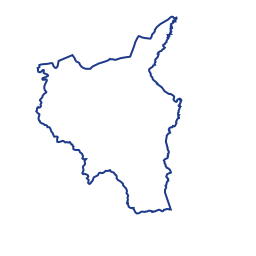 outline of Lubutu, Maniema, Democratic Republic of the Congo, rotated 71°
{"feature_id": "63176286B14336347527587", "entity_name": "Lubutu", "entity_type": "district", "adm_level": 2, "iso_a3": "COD", "parent_name": "Democratic Republic of the Congo", "parent_adm1": "Maniema", "projection": "natural_earth1", "projection_center": [26.789, -0.716], "detail": "fine", "context": "isolated", "style": "outline", "palette": "blue", "viewbox_px": 256, "rotation_deg": 71, "n_neighbors": 0, "source": "geoboundaries", "source_scale": "gbopen_adm2", "svg_char_len": 5737}
<svg xmlns="http://www.w3.org/2000/svg" viewBox="0 0 256 256"><g transform="rotate(71 128 128)"><path d="M95.5,85.7L93.3,86.7L92.2,87.6L90.0,88.7L88.0,88.5L86.5,89.3L85.5,89.3L83.8,88.8L83.0,89.1L81.0,89.4L79.7,89.1L79.4,88.9L78.8,87.6L78.2,85.1L77.6,84.2L77.1,83.8L77.2,83.2L76.9,82.6L77.0,81.8L75.8,81.9L74.7,81.0L74.4,80.4L73.8,80.6L72.5,80.1L72.1,79.8L71.9,79.1L70.9,77.6L70.9,77.2L70.2,76.5L68.2,75.0L67.5,75.8L66.5,74.8L65.9,72.6L66.0,71.2L65.1,70.2L64.8,68.8L64.8,68.2L64.0,67.0L63.3,67.5L61.8,68.0L61.1,67.9L60.8,67.3L60.6,65.7L60.3,65.3L59.7,65.0L59.3,63.6L58.1,63.2L56.8,61.5L56.4,60.6L56.1,60.5L55.7,61.2L55.4,61.3L55.1,60.9L55.0,59.7L54.3,60.3L53.5,60.0L53.0,60.1L53.5,58.7L53.2,58.0L53.2,57.0L52.6,57.5L52.1,57.6L51.1,55.6L50.8,55.6L50.4,56.2L48.7,55.5L48.1,55.5L48.2,54.3L47.8,53.7L47.4,53.6L47.1,54.7L46.9,54.8L46.1,54.6L46.0,54.0L45.4,54.3L44.8,53.5L43.8,53.6L43.2,51.0L42.9,50.6L41.8,50.8L41.5,50.5L42.3,49.8L42.6,49.3L42.8,48.4L42.6,48.3L41.6,48.9L40.2,48.6L40.1,48.2L40.7,48.2L41.0,47.8L40.9,47.3L40.1,46.3L39.4,46.3L39.5,47.4L39.3,48.1L38.8,48.9L37.6,49.3L37.0,50.4L37.2,51.7L38.5,54.7L40.2,63.4L41.9,67.8L44.1,70.8L45.2,71.1L46.2,72.3L47.3,74.5L48.0,75.2L49.5,76.1L50.8,77.7L50.2,79.2L49.2,81.0L48.8,82.1L46.8,85.4L45.1,87.1L44.6,88.1L46.1,90.0L49.0,93.0L52.6,95.6L61.2,102.7L61.2,103.4L60.6,105.9L59.6,111.9L59.5,117.4L59.0,118.7L57.9,120.3L57.4,122.0L56.8,122.5L57.6,124.8L57.7,127.6L57.5,134.9L58.3,141.0L58.7,142.5L59.8,144.3L58.2,148.8L56.6,150.8L54.7,152.1L52.3,152.9L50.8,152.9L50.1,153.3L48.3,155.2L46.3,155.8L45.0,155.7L41.0,156.8L42.0,171.7L47.0,174.7L47.8,176.6L47.0,177.6L44.9,178.3L42.4,178.3L41.7,179.2L41.1,183.4L39.7,188.9L39.6,191.4L41.7,192.0L41.9,193.9L43.3,194.0L44.2,194.4L45.7,194.5L46.0,194.0L46.3,193.8L46.7,192.5L45.4,189.5L45.7,188.9L46.3,188.8L47.9,189.7L48.5,189.8L49.0,189.5L51.3,186.7L52.4,186.5L52.7,186.8L53.1,189.4L53.0,192.2L53.6,193.0L54.4,193.0L54.8,192.6L55.2,191.1L55.3,189.7L55.7,189.2L56.2,189.1L56.9,189.4L59.9,192.4L61.5,193.6L62.5,194.0L63.9,194.3L65.1,194.3L67.4,193.5L67.9,194.1L68.4,196.1L69.6,198.1L71.0,199.0L72.9,202.2L73.3,202.3L74.4,201.7L76.0,201.6L76.6,202.5L77.4,203.1L78.9,203.1L79.3,203.4L79.8,204.6L79.8,205.2L79.7,205.9L79.0,206.1L79.0,206.4L79.9,207.7L81.5,208.3L82.4,209.3L85.0,208.2L86.0,207.4L86.6,207.4L87.0,207.8L87.5,207.9L88.6,208.9L89.9,209.5L91.9,209.7L92.7,209.1L94.2,209.1L95.9,207.6L96.5,206.6L97.9,205.9L98.9,204.2L99.9,203.7L101.0,203.9L101.6,202.3L101.9,202.0L103.0,201.7L107.1,201.5L108.1,200.9L112.0,200.7L112.3,200.2L112.9,198.0L113.8,197.4L115.1,198.5L117.9,199.4L118.6,198.6L119.0,196.4L118.8,194.2L119.0,193.8L119.5,193.1L121.0,192.3L121.3,191.9L121.3,190.6L122.3,189.3L122.5,188.7L122.2,187.7L122.6,187.4L124.8,187.0L125.6,186.0L126.4,186.2L127.9,185.6L128.3,186.1L130.3,186.5L131.8,184.7L132.7,181.7L133.2,181.4L135.3,181.3L137.4,179.9L140.0,179.7L140.6,179.9L141.7,181.0L142.1,181.0L142.9,180.4L143.3,179.5L143.6,178.5L143.5,178.0L143.7,177.7L144.5,179.3L145.0,179.8L147.5,180.1L148.3,180.6L148.8,181.2L149.4,182.6L150.4,183.4L153.6,183.8L155.8,185.9L156.4,185.8L156.9,185.5L157.2,185.0L157.3,183.6L159.5,181.4L161.0,181.3L162.2,183.3L164.0,182.2L164.8,182.3L166.8,183.5L167.2,183.5L168.0,183.1L168.4,182.3L167.9,181.1L167.0,180.2L166.7,179.3L165.8,178.2L164.0,176.9L163.5,176.2L162.9,171.9L161.3,170.3L161.2,169.0L161.5,168.2L162.3,167.2L162.3,165.6L161.3,163.2L161.4,162.5L162.2,160.6L161.9,158.8L162.1,158.6L162.7,158.8L163.1,158.7L164.3,157.6L165.6,155.9L166.7,155.7L167.2,155.3L168.0,155.3L168.7,154.6L169.2,154.4L170.2,154.5L171.8,155.1L173.2,154.7L173.9,154.4L175.5,153.0L177.0,152.0L178.8,151.0L179.5,150.9L180.3,151.3L181.0,151.2L184.6,149.5L186.4,149.4L186.9,149.6L187.4,149.5L189.0,150.6L189.5,150.6L190.2,150.1L192.2,149.9L193.6,151.1L195.4,151.3L196.1,151.6L196.8,152.3L197.7,152.3L198.3,153.3L198.6,153.5L199.0,153.4L199.4,152.6L200.1,153.0L201.1,152.8L202.7,153.0L203.8,152.2L204.6,151.3L205.4,148.7L206.5,149.2L206.8,148.9L210.1,148.5L211.7,147.5L212.1,145.4L211.5,142.6L211.7,141.7L212.8,139.6L212.7,138.7L213.2,137.0L212.9,135.6L213.8,133.3L214.6,132.5L214.9,131.7L215.0,131.6L215.4,132.0L215.5,131.6L215.3,130.8L215.7,129.8L215.4,128.7L215.5,127.2L215.3,125.6L215.8,124.6L217.6,123.1L218.0,122.3L217.6,121.1L217.1,120.8L217.3,117.5L218.0,115.9L218.3,115.7L219.0,114.1L200.8,114.0L198.3,113.0L196.8,111.3L196.2,111.1L194.9,111.4L194.3,110.3L191.9,108.9L191.5,108.5L191.4,107.8L190.9,107.5L190.6,106.9L190.0,107.1L188.9,106.6L188.3,107.1L187.4,107.2L186.6,107.7L184.5,106.2L184.1,103.5L184.3,102.3L184.2,102.0L183.5,101.8L181.8,101.9L180.6,102.2L179.8,102.9L179.3,103.0L178.1,104.4L177.2,104.4L176.6,104.8L174.5,104.4L173.9,104.8L173.0,104.9L172.1,104.4L170.4,104.7L169.6,103.6L169.3,100.7L169.0,100.1L168.0,99.5L167.6,99.7L167.1,99.6L166.6,98.7L165.4,98.7L164.6,97.4L163.0,97.0L162.4,97.4L161.3,97.3L160.2,97.4L159.6,96.9L157.6,97.1L157.0,96.8L153.8,96.7L152.1,96.1L148.5,94.1L148.0,94.0L146.5,91.9L146.5,91.4L146.2,89.8L145.7,90.0L144.8,89.6L144.5,90.0L144.1,90.1L143.9,89.9L143.5,89.9L143.2,89.6L142.6,89.9L141.6,88.9L141.3,86.9L141.7,86.0L141.6,85.6L140.7,84.9L141.5,83.7L141.4,83.0L139.2,80.6L138.2,80.7L137.7,80.2L137.2,80.1L135.4,78.1L135.2,77.6L135.3,76.6L134.6,76.3L133.7,76.8L132.8,76.4L132.3,75.5L131.8,76.1L131.6,75.9L131.1,76.1L129.9,75.6L129.3,74.7L128.5,74.7L127.9,74.4L127.0,73.4L126.3,73.1L124.8,71.3L124.6,71.4L123.8,72.8L123.1,72.7L122.8,71.5L121.7,70.9L121.3,70.2L119.9,69.2L119.3,69.6L118.8,69.6L118.8,68.6L117.5,69.0L117.1,69.5L117.0,70.0L117.3,72.0L117.6,72.4L118.9,73.2L119.0,73.8L118.3,74.8L116.7,75.6L115.8,75.7L115.4,75.5L114.5,74.6L113.2,74.1L111.9,74.8L109.7,76.6L109.2,78.1L108.7,78.6L105.0,81.5L100.7,82.7L95.7,86.2L95.5,85.7Z" fill="none" stroke="#1e3a8a" stroke-width="2"/></g></svg>